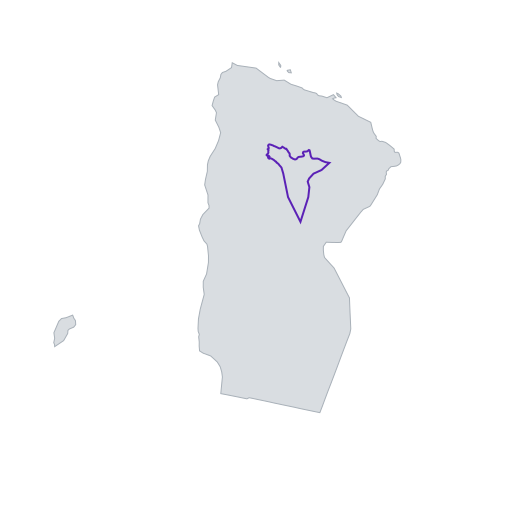 Yemen, with Ma'rib highlighted, rotated 121°
{"feature_id": "YEM-337", "entity_name": "Ma'rib", "entity_type": "Governorate", "adm_level": 1, "iso_a3": "YEM", "parent_name": "Yemen", "parent_adm1": "", "projection": "equal_earth", "projection_center": [45.213, 15.324], "detail": "fine", "context": "in_parent", "style": "outline", "palette": "violet", "viewbox_px": 512, "rotation_deg": 121, "n_neighbors": 0, "source": "natural_earth", "source_scale": "10m", "svg_char_len": 4259}
<svg xmlns="http://www.w3.org/2000/svg" viewBox="0 0 512 512"><g transform="rotate(121 256 256)"><path d="M392.1,215.3L377.0,222.5L373.0,225.7L369.4,229.6L366.8,234.6L365.0,243.3L366.5,251.2L366.4,255.5L362.5,258.3L358.9,260.4L354.8,263.5L352.4,264.2L350.4,266.7L348.0,268.4L339.6,272.9L330.3,276.4L315.6,280.6L310.0,285.1L304.8,288.2L296.9,289.1L286.1,293.4L280.2,296.9L272.7,302.5L271.1,304.2L269.8,308.4L267.5,311.9L263.0,317.8L259.7,320.8L257.4,320.9L253.0,322.6L247.8,322.9L239.1,320.9L236.9,322.3L235.1,324.6L228.4,328.6L221.5,336.6L216.5,338.7L208.5,341.3L202.8,344.6L199.0,345.9L194.1,346.6L185.0,346.3L176.4,347.5L168.5,349.8L164.8,354.1L160.5,360.9L153.5,363.7L151.9,366.1L149.7,371.1L145.2,372.4L141.1,373.3L136.9,371.1L129.1,377.1L126.1,378.1L121.6,378.4L118.4,379.6L116.0,379.3L113.2,376.9L107.1,374.0L102.6,375.9L102.3,370.2L94.9,352.7L96.5,337.5L96.5,335.3L95.1,328.6L90.7,322.4L90.8,314.5L89.4,308.9L88.2,303.1L88.6,301.6L88.7,300.2L86.5,291.3L85.8,289.5L85.5,287.7L86.2,286.3L86.2,284.6L85.0,281.9L83.8,276.7L77.8,272.7L79.1,268.9L80.2,270.2L81.8,271.3L82.1,268.9L82.1,267.0L79.7,255.5L83.5,240.2L82.3,226.5L88.0,220.9L89.4,219.2L90.2,217.8L91.5,214.6L93.4,213.6L94.0,210.3L94.0,208.6L92.8,207.2L91.9,203.4L92.3,198.5L92.6,196.5L93.2,192.7L95.1,191.4L95.6,190.3L94.1,187.9L94.2,186.5L97.6,182.6L98.9,181.4L101.1,180.2L102.8,180.2L104.7,180.9L106.5,182.0L108.2,184.0L109.9,186.3L112.7,187.1L114.5,186.9L116.1,187.9L117.3,187.4L118.8,186.2L121.1,186.3L123.3,184.9L129.2,184.3L135.0,184.7L141.0,183.6L147.0,183.7L153.1,183.8L154.4,183.9L155.7,184.6L160.8,188.1L164.7,188.8L172.5,189.8L180.8,190.8L188.0,191.7L194.1,190.9L199.2,190.2L200.6,190.3L202.1,192.5L205.2,197.8L208.0,202.9L213.1,203.2L216.3,201.3L219.9,198.6L222.0,196.5L224.5,188.3L226.1,182.9L229.8,176.9L232.9,171.9L237.0,165.3L239.3,161.6L243.8,154.3L248.1,151.5L256.3,146.1L264.4,140.7L269.7,137.2L274.2,135.6L281.8,134.3L290.7,132.7L299.5,131.1L309.0,129.3L319.5,127.4L326.8,126.1L336.0,124.5L343.6,123.1L350.4,121.8L357.4,120.6L358.8,124.6L360.2,128.6L361.6,132.6L363.0,136.6L364.4,140.7L365.7,144.7L367.1,148.7L368.5,152.7L369.9,156.7L371.3,160.8L372.7,164.8L374.0,168.8L375.4,172.9L376.8,176.9L378.2,180.9L379.6,185.0L381.0,188.9L383.1,190.2L384.4,193.9L386.3,199.3L388.2,204.6L390.1,209.9L392.1,215.3ZM414.7,378.4L416.6,378.9L419.4,377.5L427.6,377.3L437.4,381.9L435.6,383.1L434.5,384.7L430.2,386.2L425.9,389.7L413.5,391.4L409.8,390.5L406.8,387.1L401.1,382.7L403.3,379.9L403.8,378.6L404.6,377.3L407.7,375.2L410.9,375.6L414.7,378.4ZM81.5,324.0L81.1,324.8L80.6,324.7L78.7,322.5L80.8,320.1L81.9,322.3L81.5,324.0ZM75.8,269.8L74.8,270.7L74.6,269.1L75.2,265.6L76.2,264.5L76.8,267.2L76.4,268.6L75.8,269.8ZM80.5,334.9L78.5,336.1L79.9,332.9L81.3,332.2L81.7,332.3L80.5,334.9Z" fill="#d9dde1" stroke="#a8b0b8" stroke-width="1"/><path d="M162.2,250.4L165.6,250.0L169.5,245.7L178.6,241.5L203.8,235.5L189.0,258.9L171.3,275.1L167.1,279.7L166.5,281.4L166.3,282.3L165.6,284.0L165.3,285.6L165.4,286.3L165.2,286.8L164.8,287.2L164.9,287.5L164.9,288.0L164.7,289.1L164.5,290.3L164.5,292.6L164.7,293.7L165.1,294.3L165.8,294.8L165.6,296.1L165.3,296.4L164.9,296.7L164.6,296.5L164.4,296.1L164.2,295.8L163.9,295.7L163.7,296.2L163.6,296.7L164.2,298.0L164.2,298.7L163.7,299.0L163.0,298.8L162.2,298.5L161.1,298.6L160.1,299.3L159.3,299.7L158.7,299.8L158.4,300.2L158.6,300.6L158.4,301.0L157.1,300.6L156.6,300.9L156.3,301.4L155.1,302.5L154.1,302.5L153.5,302.1L153.2,301.3L152.9,300.4L152.8,299.6L152.5,298.6L152.5,297.3L152.2,296.0L152.0,293.9L151.9,292.6L151.8,291.5L151.2,290.7L150.4,290.1L148.8,289.7L148.8,287.2L148.9,286.6L148.9,285.8L148.7,285.5L148.5,285.3L148.6,284.9L148.9,284.5L149.2,283.7L149.6,282.8L149.9,282.3L150.2,281.8L150.6,280.7L150.8,280.1L151.3,279.6L152.8,278.7L153.2,277.7L153.6,276.5L153.5,275.5L153.6,274.7L153.5,273.8L153.2,272.4L152.7,271.7L151.7,271.1L150.4,271.0L149.3,270.6L148.5,269.7L147.5,268.3L146.2,266.9L145.7,266.7L145.2,266.6L144.6,267.1L144.2,267.8L143.8,268.7L142.8,269.1L141.8,268.6L140.8,267.0L139.8,265.9L139.1,265.6L138.4,265.5L137.9,265.3L137.8,264.6L138.4,263.9L142.0,260.6L142.8,259.5L143.4,257.9L142.8,256.6L140.8,253.4L140.4,251.5L140.4,248.7L139.8,244.9L138.4,241.1L148.5,244.1L155.8,249.1L162.2,250.4Z" fill="none" stroke="#5b21b6" stroke-width="2"/></g></svg>